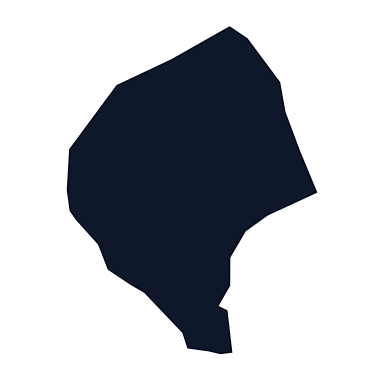 Ix xet, Dornogovi, Mongolia (Robinson projection), rotated 177°
{"feature_id": "93677404B2530433176866", "entity_name": "Ix xet", "entity_type": "district", "adm_level": 2, "iso_a3": "MNG", "parent_name": "Mongolia", "parent_adm1": "Dornogovi", "projection": "robinson", "projection_center": [110.14, 46.159], "detail": "fine", "context": "isolated", "style": "filled", "palette": "ink", "viewbox_px": 384, "rotation_deg": 177, "n_neighbors": 0, "source": "geoboundaries", "source_scale": "gbopen_adm2", "svg_char_len": 517}
<svg xmlns="http://www.w3.org/2000/svg" viewBox="0 0 384 384"><g transform="rotate(177 192 192)"><path d="M145.8,354.7L205.4,325.0L261.3,302.1L311.7,240.9L316.2,200.5L314.5,179.8L308.7,170.5L287.9,144.8L279.5,119.3L258.0,103.2L244.5,94.4L208.3,52.1L204.7,38.7L204.2,36.7L183.7,32.7L171.9,29.3L160.9,30.1L163.5,71.5L172.5,76.5L159.5,96.7L157.9,124.7L140.8,150.6L134.0,154.9L117.8,165.3L67.8,185.3L83.1,228.5L95.2,267.0L98.9,296.8L129.0,342.0L145.8,354.7Z" fill="#0f172a" stroke="#020617" stroke-width="1.5"/></g></svg>